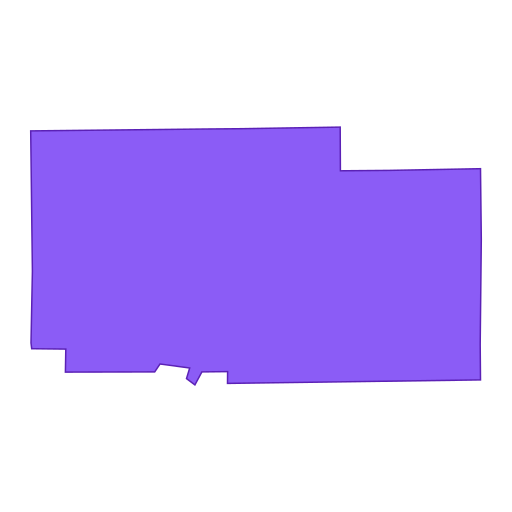 Ogle, Illinois, United States of America (Albers equal-area conic projection)
{"feature_id": "52423323B31657722405352", "entity_name": "Ogle", "entity_type": "district", "adm_level": 2, "iso_a3": "USA", "parent_name": "United States of America", "parent_adm1": "Illinois", "projection": "albers", "projection_center": [-89.343, 42.045], "detail": "fine", "context": "isolated", "style": "filled", "palette": "violet", "viewbox_px": 512, "rotation_deg": 0, "n_neighbors": 0, "source": "geoboundaries", "source_scale": "gbopen_adm2", "svg_char_len": 414}
<svg xmlns="http://www.w3.org/2000/svg" viewBox="0 0 512 512"><path d="M480.5,379.9L480.2,344.5L481.3,239.4L480.5,168.7L389.1,170.4L340.4,170.8L340.2,127.1L241.6,128.7L206.2,129.0L30.7,130.9L32.4,271.4L31.0,342.9L31.7,348.7L65.8,349.1L65.4,372.1L154.7,371.9L160.0,364.0L189.7,368.0L186.5,378.6L194.9,384.9L201.9,371.9L227.6,371.6L227.5,383.4L480.5,379.9Z" fill="#8b5cf6" stroke="#5b21b6" stroke-width="1.5"/></svg>